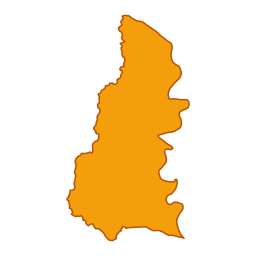 São Salvador do Tocantins, Tocantins, Brazil (orthographic projection)
{"feature_id": "56859067B16316133486667", "entity_name": "São Salvador do Tocantins", "entity_type": "district", "adm_level": 2, "iso_a3": "BRA", "parent_name": "Brazil", "parent_adm1": "Tocantins", "projection": "orthographic", "projection_center": [-48.352, -12.54], "detail": "fine", "context": "isolated", "style": "filled", "palette": "amber", "viewbox_px": 256, "rotation_deg": 0, "n_neighbors": 0, "source": "geoboundaries", "source_scale": "gbopen_adm2", "svg_char_len": 5827}
<svg xmlns="http://www.w3.org/2000/svg" viewBox="0 0 256 256"><path d="M83.3,220.4L85.2,220.3L85.8,222.0L86.1,223.7L87.4,224.9L88.4,225.7L89.5,224.9L90.6,224.3L92.2,223.8L93.4,224.8L93.9,226.6L95.0,227.5L95.4,228.7L96.6,228.6L97.8,228.7L98.9,228.9L100.0,229.5L101.1,230.6L101.9,231.5L102.8,232.0L103.4,233.0L104.3,234.0L105.3,236.2L106.0,237.0L107.1,238.0L108.2,239.5L109.6,240.2L112.0,240.6L113.5,240.3L114.8,239.3L116.1,238.8L115.8,237.7L116.6,236.6L116.6,234.9L117.4,233.8L118.2,233.1L119.0,232.0L120.3,231.1L121.5,230.6L121.0,229.2L122.1,228.3L122.5,226.5L123.9,226.8L125.1,227.1L125.7,228.1L126.8,228.1L128.2,227.7L139.6,227.0L142.2,226.9L145.9,226.7L152.3,230.4L154.1,230.7L155.4,230.6L156.5,230.5L157.9,230.5L159.4,230.7L161.0,231.4L162.2,231.7L163.6,232.4L165.2,233.6L166.6,234.3L167.7,234.8L168.9,235.4L170.1,235.4L171.2,235.2L172.6,235.3L173.8,235.5L176.9,236.5L178.7,236.9L181.1,237.3L182.1,237.6L183.6,237.9L182.7,236.7L181.0,234.7L180.5,233.8L180.0,232.7L179.4,231.4L178.7,229.9L178.1,228.4L177.8,227.2L177.1,225.5L177.0,223.9L176.9,222.7L176.7,221.0L176.9,219.4L177.4,218.1L178.0,216.7L178.5,215.5L179.3,214.4L180.1,213.0L180.9,211.8L181.7,210.9L182.5,209.6L183.0,208.3L183.0,207.0L182.8,205.4L182.0,204.1L180.8,203.6L176.7,202.2L174.9,202.1L173.2,202.8L171.8,203.9L170.4,204.5L168.7,204.2L167.4,203.2L166.7,201.9L166.2,200.1L166.3,198.6L166.7,197.2L167.3,196.2L168.0,195.3L169.4,194.7L170.9,194.2L171.9,193.5L172.7,192.6L173.6,191.4L174.5,190.4L175.4,189.3L175.9,188.1L176.2,187.1L176.6,185.9L176.9,184.6L177.1,183.3L177.2,181.9L177.1,180.5L176.1,179.2L175.0,179.6L174.8,181.1L173.9,181.8L172.4,181.7L170.6,181.7L169.3,181.8L168.1,181.6L167.1,181.3L165.9,181.1L164.9,180.8L163.6,180.4L162.5,179.9L161.6,179.4L160.6,178.3L160.0,177.0L159.6,175.4L158.9,173.6L158.8,172.4L158.9,171.2L159.4,170.2L160.1,169.3L161.1,168.4L161.9,167.6L162.5,166.7L163.2,165.6L164.3,164.5L165.4,163.3L165.9,162.2L166.3,160.7L166.3,159.1L166.1,157.8L165.9,156.4L165.6,155.1L165.1,153.6L164.6,152.3L164.6,151.2L165.2,149.8L166.6,149.1L168.2,149.2L169.6,149.4L170.9,149.6L171.9,149.2L172.8,148.2L172.2,146.9L171.0,146.1L167.6,144.1L165.9,142.8L163.9,141.1L163.0,140.3L161.8,139.5L160.8,138.8L159.8,138.0L158.6,136.9L158.1,135.5L159.2,134.9L160.3,134.6L163.0,133.8L164.4,133.4L165.4,133.1L166.6,132.9L168.2,132.5L170.2,132.1L171.8,132.0L173.2,131.8L174.4,131.3L175.3,130.7L178.6,128.8L179.6,128.3L180.5,127.0L181.1,125.7L181.4,124.0L181.4,121.4L181.1,120.1L180.8,118.9L180.2,117.8L179.5,116.4L179.1,114.8L179.2,113.4L180.0,111.9L181.2,111.0L182.4,110.5L183.5,110.0L184.9,109.4L186.7,108.7L187.9,107.8L188.7,106.3L189.1,104.7L189.0,103.3L188.6,101.7L187.7,100.2L186.2,99.7L184.6,99.6L183.3,99.6L182.1,99.6L180.8,99.6L179.6,99.5L178.1,99.3L176.8,99.2L175.6,99.0L174.0,98.8L172.6,98.8L171.3,99.0L170.0,99.1L169.0,98.6L168.6,97.2L168.3,95.9L168.2,94.8L168.2,93.6L168.5,92.4L168.9,90.9L169.5,89.4L170.2,88.3L171.3,86.9L172.3,85.8L173.1,84.6L174.1,83.4L176.3,81.4L177.4,80.3L178.3,79.4L179.2,78.5L179.9,77.4L180.4,76.4L180.9,75.4L181.2,74.1L181.3,73.0L181.1,71.6L180.6,70.0L180.1,68.4L179.6,67.4L179.0,66.5L177.8,65.6L176.7,65.0L175.8,64.5L174.8,63.9L174.0,63.3L173.1,62.3L172.3,60.8L171.7,59.1L171.4,57.6L171.2,56.4L171.1,54.8L171.2,52.8L171.4,51.4L171.7,50.2L172.0,48.5L172.1,46.5L171.9,45.1L171.5,44.1L170.9,43.3L169.5,42.2L168.4,41.5L167.5,40.9L164.9,38.9L163.8,38.1L162.8,37.3L161.6,36.4L160.2,35.2L158.9,34.1L157.8,32.8L156.3,31.6L155.2,30.7L152.2,28.8L151.1,27.9L150.1,27.4L147.8,25.7L146.5,24.9L145.7,24.1L144.8,23.4L143.9,22.8L142.7,22.0L141.2,21.6L139.7,21.3L137.9,21.0L136.6,20.7L135.3,20.1L134.2,19.5L133.2,19.0L132.0,18.3L131.0,17.5L130.2,16.6L129.2,15.9L128.0,15.7L126.6,15.5L125.1,15.4L123.5,15.6L122.3,16.2L122.9,17.8L122.9,18.9L122.1,19.7L121.8,20.8L120.8,21.4L121.2,22.8L121.8,24.5L121.0,26.0L119.7,26.6L118.4,28.0L118.8,29.8L119.7,31.1L120.8,31.7L122.0,32.9L122.2,34.3L122.5,35.9L121.7,37.3L121.6,38.6L122.3,39.7L123.4,40.3L124.4,41.1L123.8,42.3L122.3,42.7L120.4,43.4L121.6,45.1L122.0,46.8L121.1,47.9L121.3,49.6L122.0,51.1L122.0,52.6L122.0,54.3L122.5,56.0L123.1,57.1L124.1,57.3L124.8,58.8L124.8,60.2L124.5,61.7L123.9,63.3L123.5,65.0L124.1,66.2L122.6,66.8L121.1,66.9L120.5,67.8L119.8,69.1L120.6,70.5L122.1,70.9L122.4,72.4L121.7,73.3L121.1,74.5L120.6,75.6L120.8,76.9L119.9,77.9L118.9,79.0L117.4,79.2L117.0,80.6L117.7,82.0L116.8,83.4L115.7,84.1L114.5,84.3L113.4,84.3L112.8,83.1L111.3,83.2L109.8,83.3L109.2,84.8L108.4,85.5L107.0,85.5L105.7,85.8L105.2,87.0L104.9,88.2L103.7,89.3L102.3,89.9L101.2,91.0L100.7,92.4L100.0,93.3L98.6,93.8L98.3,94.8L98.7,95.8L99.3,96.9L99.0,98.3L99.3,99.7L99.3,101.4L99.2,103.0L98.2,103.5L97.7,104.7L97.6,106.4L98.3,108.1L99.4,108.9L100.1,110.5L99.7,112.3L98.9,113.8L98.0,114.9L97.4,116.2L97.0,117.5L97.4,119.0L97.1,120.6L96.5,121.7L96.1,123.3L95.8,125.2L94.9,126.2L93.9,127.5L93.7,128.8L94.8,130.3L95.8,131.3L95.8,132.7L96.5,133.7L97.8,133.7L98.9,134.3L98.7,135.8L98.8,137.4L98.7,138.7L97.8,139.7L97.2,141.0L95.8,141.2L94.8,141.6L93.9,142.9L92.6,144.1L92.5,146.0L92.6,147.7L92.9,150.3L92.7,151.7L92.0,152.9L90.9,152.4L89.7,152.0L88.6,152.9L86.6,153.1L84.7,153.6L83.1,153.4L81.5,153.5L80.7,154.7L80.0,155.7L78.9,155.9L77.7,156.7L76.0,158.7L75.5,160.1L75.0,162.0L75.7,163.2L75.7,164.7L76.4,165.8L75.9,167.0L75.7,168.3L75.1,169.3L75.0,170.9L74.4,172.7L75.5,174.4L75.7,176.1L75.2,177.6L75.1,179.1L75.0,180.4L74.8,181.6L74.2,182.6L74.2,184.2L74.4,185.4L75.1,186.5L74.8,187.9L74.0,189.5L72.8,190.0L71.4,190.3L70.1,190.4L69.9,192.1L69.8,194.0L68.9,195.4L68.5,196.7L66.9,198.9L67.4,200.1L68.4,200.7L69.1,202.2L69.2,204.2L69.9,205.4L69.5,206.6L69.3,208.0L70.4,208.8L71.7,209.2L71.9,210.9L72.6,212.2L72.2,213.3L71.4,214.1L72.5,214.9L73.7,215.5L74.7,216.3L75.8,216.4L77.0,216.1L78.2,216.3L79.6,216.3L81.0,215.6L81.8,216.4L82.7,217.3L82.8,219.0L83.3,220.4Z" fill="#f59e0b" stroke="#b45309" stroke-width="1.5"/></svg>